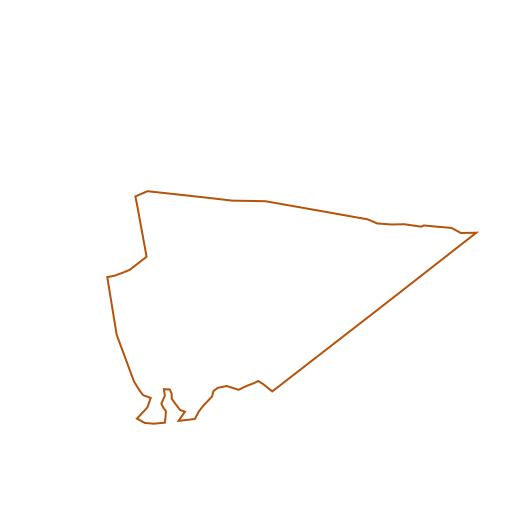 Carjew, Chardzhou, Turkmenistan, rotated 144°
{"feature_id": "10190150B55240389541589", "entity_name": "Carjew", "entity_type": "district", "adm_level": 2, "iso_a3": "TKM", "parent_name": "Turkmenistan", "parent_adm1": "Chardzhou", "projection": "natural_earth1", "projection_center": [63.051, 38.709], "detail": "fine", "context": "isolated", "style": "outline", "palette": "amber", "viewbox_px": 512, "rotation_deg": 144, "n_neighbors": 0, "source": "geoboundaries", "source_scale": "gbopen_adm2", "svg_char_len": 1454}
<svg xmlns="http://www.w3.org/2000/svg" viewBox="0 0 512 512"><g transform="rotate(144 256 256)"><path d="M228.5,304.1L242.5,314.6L258.9,329.7L265.8,336.0L305.7,372.2L318.5,375.1L318.9,374.4L322.3,367.0L326.8,357.5L327.2,356.8L344.9,319.8L345.7,319.7L365.2,319.1L366.0,319.0L375.1,321.2L378.4,322.2L382.6,323.4L385.7,324.9L388.7,326.4L415.0,274.2L424.7,239.7L428.4,226.5L429.2,217.0L429.2,213.0L429.1,209.7L424.8,203.4L424.6,203.1L432.9,197.3L436.6,196.6L447.9,194.4L447.6,193.8L445.7,189.6L444.1,186.4L443.5,185.8L437.4,180.5L428.0,174.9L427.6,174.7L426.8,175.5L426.6,175.8L423.1,179.8L420.7,182.7L420.1,183.4L420.1,185.8L420.1,187.6L420.1,187.8L419.4,192.0L418.8,192.5L411.8,196.6L409.7,200.7L408.8,202.4L408.5,202.2L405.6,199.8L404.3,198.8L404.7,196.5L404.9,195.5L405.1,194.4L406.6,192.1L408.1,190.0L408.1,189.3L408.1,188.7L408.1,184.9L408.0,176.2L406.0,173.2L405.0,171.8L410.0,170.1L410.9,169.8L415.5,168.1L401.3,160.1L394.3,163.5L393.8,163.8L386.2,166.0L383.2,166.5L374.2,168.1L371.6,170.3L369.7,171.8L366.9,171.8L364.8,171.8L364.5,171.8L363.6,171.4L356.2,168.1L352.1,162.6L348.7,158.0L340.4,156.5L332.2,154.3L327.7,153.6L325.6,148.3L325.4,147.8L323.6,141.1L322.4,136.9L186.6,141.1L65.8,145.3L64.1,145.4L69.2,148.9L76.8,154.3L79.5,160.0L81.3,163.8L90.6,171.8L94.7,175.4L102.2,182.0L105.2,182.7L112.4,189.7L117.2,194.4L124.2,199.3L127.7,201.7L138.9,211.2L144.1,220.0L216.1,294.7L228.5,304.1Z" fill="none" stroke="#b45309" stroke-width="2"/></g></svg>